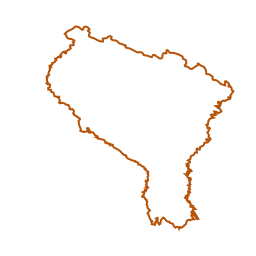 Montenegro, Quindío, Colombia, rotated 106°
{"feature_id": "7082276B37489805673697", "entity_name": "Montenegro", "entity_type": "district", "adm_level": 2, "iso_a3": "COL", "parent_name": "Colombia", "parent_adm1": "Quindío", "projection": "equal_earth", "projection_center": [-75.789, 4.516], "detail": "fine", "context": "isolated", "style": "outline", "palette": "amber", "viewbox_px": 256, "rotation_deg": 106, "n_neighbors": 0, "source": "geoboundaries", "source_scale": "gbopen_adm2", "svg_char_len": 5697}
<svg xmlns="http://www.w3.org/2000/svg" viewBox="0 0 256 256"><g transform="rotate(106 128 128)"><path d="M196.0,35.4L190.6,41.2L190.4,43.3L188.4,43.2L187.4,40.8L186.3,42.6L186.4,45.9L184.9,44.6L184.9,46.7L183.6,46.9L182.8,48.8L182.3,47.9L181.9,48.0L181.5,49.4L181.6,51.1L180.8,51.6L179.7,51.3L179.4,52.0L179.7,53.2L179.4,53.8L178.0,52.1L178.0,53.7L177.5,53.7L177.0,53.2L177.2,52.2L176.1,52.4L175.5,51.2L173.4,52.4L173.2,50.8L172.8,50.5L172.4,50.9L172.4,52.6L171.6,52.6L169.8,51.5L169.1,53.0L167.5,52.2L166.9,52.7L166.5,54.4L165.0,52.6L163.9,53.9L162.3,53.5L161.5,54.9L160.2,55.4L160.8,53.7L160.0,53.4L159.0,54.1L159.1,57.1L157.8,57.9L156.7,60.0L156.3,57.4L155.9,57.5L155.7,58.8L154.3,59.0L154.2,58.2L154.8,57.2L154.4,56.6L153.5,56.6L152.7,58.4L152.2,58.2L151.9,57.0L152.2,55.5L151.9,55.1L151.0,56.2L150.4,59.2L149.7,59.4L148.8,58.4L149.2,59.9L148.9,60.3L148.1,59.3L147.2,59.2L146.8,60.0L147.4,61.4L146.6,61.9L144.1,58.9L143.1,59.3L142.6,61.4L140.5,59.5L137.8,59.8L135.8,57.5L133.2,56.7L132.6,54.9L130.4,56.1L129.0,56.1L128.5,55.5L129.2,54.5L129.0,53.1L126.2,53.4L125.0,51.6L123.7,50.6L121.1,50.4L120.6,48.7L119.7,47.3L118.7,47.5L117.8,49.6L117.2,49.6L116.9,48.2L118.1,46.7L116.0,45.6L115.2,46.1L114.6,48.0L112.5,48.3L110.2,50.5L108.2,49.5L105.7,49.2L105.3,50.0L106.3,51.5L104.7,52.2L103.4,53.5L102.6,52.0L101.4,52.6L100.1,52.3L98.8,52.7L96.3,51.7L94.4,48.4L93.4,51.1L92.4,51.9L91.9,51.2L91.7,48.5L91.2,47.1L90.4,47.5L89.4,49.2L88.3,49.7L88.1,47.1L89.2,45.5L86.4,42.8L84.2,44.8L84.0,46.6L82.7,49.7L81.7,47.3L82.3,46.0L81.5,45.5L80.3,45.5L78.9,48.5L78.1,48.5L77.7,47.8L78.7,45.5L77.0,45.4L76.0,44.6L75.1,43.3L75.4,42.3L73.7,40.7L71.9,37.9L71.4,38.0L71.4,39.7L70.9,40.0L70.2,37.8L68.6,38.6L63.6,36.8L63.1,38.5L60.8,39.6L60.1,40.7L60.5,42.6L59.8,43.0L59.0,42.1L57.0,44.0L56.0,46.7L56.5,47.5L60.3,46.4L60.1,50.9L58.0,55.1L57.8,57.2L58.2,59.5L57.2,60.5L55.9,60.4L55.3,61.0L54.0,64.4L54.4,67.6L50.9,69.1L48.3,71.8L47.7,76.2L46.7,77.8L46.9,78.7L48.3,78.3L53.7,82.9L53.8,85.0L52.6,87.6L53.0,89.8L52.3,90.7L49.8,89.8L47.2,90.7L46.7,91.4L46.2,94.3L44.6,95.0L44.1,95.7L43.4,99.6L43.1,104.2L44.2,108.4L42.3,111.3L42.7,112.3L45.7,111.8L46.2,114.2L46.7,114.7L48.0,115.0L51.1,114.5L52.2,115.6L52.4,116.8L50.4,123.0L50.9,124.0L53.3,124.6L53.5,125.1L53.1,129.2L53.6,132.8L52.0,134.6L51.6,135.8L51.9,137.9L52.8,139.7L51.1,147.9L51.3,152.1L50.4,153.1L49.5,152.8L49.2,153.5L49.0,159.7L47.2,163.1L47.7,166.2L47.4,168.5L46.7,168.9L45.1,168.7L44.6,170.2L45.3,171.8L47.6,173.5L49.1,176.9L51.7,175.9L52.3,178.2L52.2,180.6L51.0,185.9L51.1,188.4L50.7,190.5L49.4,191.2L46.9,190.9L45.6,193.4L43.8,192.2L42.4,194.3L42.1,196.0L42.6,197.5L43.5,198.3L45.5,198.2L46.3,199.0L44.6,203.2L44.6,205.4L45.1,206.7L47.8,208.4L51.6,212.6L54.9,214.8L55.9,212.8L57.3,212.3L58.5,210.2L58.1,206.6L58.7,203.8L59.7,203.6L60.8,204.7L61.7,203.5L63.2,203.1L63.6,203.6L64.4,206.3L65.8,206.2L67.1,204.9L68.9,205.9L69.0,206.8L71.1,208.2L71.8,209.1L72.7,208.1L73.3,208.1L73.4,209.1L72.2,210.6L73.6,212.0L76.8,213.2L77.3,211.9L78.4,212.1L78.9,212.7L78.8,214.8L80.6,215.6L81.4,217.1L82.7,215.6L83.8,216.7L85.1,216.7L86.5,218.9L87.9,218.3L89.9,220.6L90.6,220.2L90.5,218.9L90.8,218.6L92.1,219.8L93.8,219.0L95.8,219.6L98.7,219.3L98.7,218.5L99.1,218.5L99.5,219.5L100.8,220.3L101.4,219.3L102.7,219.9L103.8,219.1L104.8,219.1L106.0,217.8L107.4,218.7L108.2,217.1L107.4,215.8L107.8,214.9L110.3,214.4L111.5,215.8L113.1,215.2L112.6,212.6L114.5,211.8L114.4,209.4L117.8,207.4L117.5,206.1L117.8,204.4L116.9,203.4L117.1,202.7L118.7,202.5L120.8,200.8L122.5,201.3L122.9,200.8L123.0,200.1L122.1,198.8L121.8,196.3L122.6,193.9L122.4,191.6L124.3,189.7L125.8,189.4L125.9,188.0L125.2,186.9L125.6,185.6L126.7,184.6L128.7,184.8L129.2,183.8L130.0,183.9L130.5,183.0L130.6,181.0L131.3,180.5L131.2,179.2L131.8,178.6L132.2,176.9L133.0,176.6L134.9,177.5L138.9,175.6L142.3,172.9L143.9,173.0L144.1,169.6L142.2,166.1L141.0,165.8L139.6,167.3L139.2,166.8L139.2,165.8L140.9,164.7L141.5,163.6L142.8,164.8L143.1,164.5L142.8,162.9L141.8,160.7L142.7,159.0L143.9,158.1L144.4,155.0L145.2,154.6L145.6,155.4L145.7,154.1L146.4,154.1L146.0,148.3L146.5,147.0L148.5,145.6L147.8,144.8L148.5,144.0L148.1,142.6L148.8,141.8L148.2,140.7L149.3,140.3L148.6,139.9L148.4,138.1L149.2,138.1L150.7,135.9L151.4,132.1L152.7,128.4L154.1,126.7L154.2,125.4L155.0,124.8L154.8,122.6L155.3,121.9L156.2,122.0L157.4,119.7L158.0,114.6L157.7,112.4L158.5,111.9L158.1,110.6L158.7,109.4L158.6,108.5L160.4,107.9L159.9,106.2L161.0,104.1L160.8,103.2L161.1,102.1L162.0,100.8L162.7,101.0L163.2,100.0L162.9,99.6L163.6,99.2L164.6,96.5L165.4,96.2L165.9,96.7L166.0,96.2L166.7,96.3L168.4,95.2L169.8,95.7L172.7,94.3L173.2,94.9L173.8,94.8L173.6,96.3L174.2,96.5L176.6,94.5L177.7,95.0L178.5,94.0L179.6,94.5L179.2,93.0L179.7,92.3L180.6,93.2L181.8,93.3L182.5,95.0L183.0,94.7L183.3,93.5L183.9,93.5L184.1,94.4L184.9,94.5L185.1,95.7L185.6,96.2L186.3,94.5L188.0,94.3L189.1,95.5L190.1,95.4L190.4,95.0L190.0,93.9L190.6,92.4L191.5,91.8L192.1,90.3L192.7,90.4L193.4,89.2L196.3,89.1L197.2,88.0L199.2,87.4L201.2,84.2L201.9,84.8L204.7,85.7L205.1,84.8L208.8,82.3L210.2,80.7L210.8,79.1L211.9,79.8L212.9,78.6L213.9,78.6L213.6,75.5L212.9,75.8L212.1,75.4L211.5,76.0L210.9,75.3L210.2,75.5L210.0,74.9L209.0,74.8L207.7,75.1L207.2,76.1L206.2,74.9L207.1,74.3L209.7,74.1L210.6,72.7L211.4,72.5L212.0,71.4L211.5,71.4L211.1,70.5L207.3,70.9L204.4,69.5L205.1,67.4L206.8,65.3L207.0,63.8L206.7,62.4L207.6,61.7L207.8,58.3L209.6,57.0L210.7,54.9L209.7,54.1L209.4,52.9L209.8,51.7L210.4,51.3L209.3,51.3L208.8,50.8L209.4,49.8L208.5,48.5L204.5,45.9L200.6,45.8L199.2,43.3L199.4,42.7L198.8,42.5L197.5,39.3L194.9,42.8L194.2,43.0L193.4,41.9L192.9,41.8L191.2,44.6L191.5,42.2L193.7,40.7L194.8,38.3L196.2,37.3L196.5,36.5L196.0,35.4Z" fill="none" stroke="#b45309" stroke-width="2"/></g></svg>